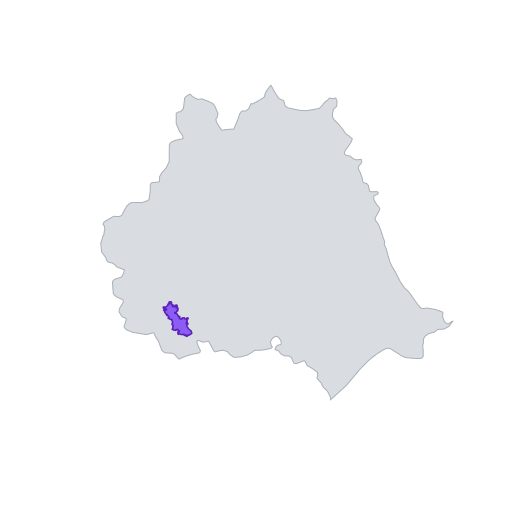 Sharkawshchyna, Vitebsk, Belarus (highlighted), rotated 239°
{"feature_id": "67162791B8322834804347", "entity_name": "Sharkawshchyna", "entity_type": "district", "adm_level": 2, "iso_a3": "BLR", "parent_name": "Belarus", "parent_adm1": "Vitebsk", "projection": "mercator", "projection_center": [27.573, 55.372], "detail": "fine", "context": "in_parent", "style": "filled", "palette": "violet", "viewbox_px": 512, "rotation_deg": 239, "n_neighbors": 0, "source": "geoboundaries", "source_scale": "gbopen_adm2", "svg_char_len": 9018}
<svg xmlns="http://www.w3.org/2000/svg" viewBox="0 0 512 512"><g transform="rotate(239 256 256)"><path d="M394.5,356.8L387.7,356.4L379.4,356.6L374.8,359.8L369.7,358.2L366.2,360.0L358.0,368.9L354.8,373.7L351.8,381.0L349.9,386.4L350.9,390.2L352.4,393.7L352.8,397.5L353.5,400.5L351.5,402.6L350.3,405.7L346.9,405.2L342.7,402.2L341.8,397.9L338.6,394.9L336.4,393.3L332.9,393.1L327.3,394.5L319.9,395.6L314.4,395.9L311.4,397.4L306.9,398.9L305.2,397.1L302.7,392.2L300.7,387.4L299.3,385.2L298.0,384.6L296.5,384.7L294.8,386.3L293.5,387.9L288.9,389.7L286.8,391.4L284.6,395.9L283.1,395.6L281.6,394.6L279.8,389.6L277.4,388.4L273.5,388.3L268.7,387.3L264.7,385.8L263.3,386.1L261.0,388.3L258.5,388.6L253.0,386.7L251.9,387.5L248.7,393.1L247.2,393.3L246.4,392.6L246.8,387.8L243.6,386.1L238.2,385.9L234.4,386.6L232.6,386.4L231.6,385.4L227.0,377.3L224.5,376.8L220.1,377.2L213.6,376.2L206.1,374.4L202.0,373.7L199.9,371.9L195.2,371.3L182.9,367.9L177.8,367.2L170.3,367.2L159.0,366.4L151.7,366.9L148.4,368.0L144.5,368.7L131.0,369.6L126.2,370.6L124.8,372.3L123.2,376.0L117.6,382.4L112.3,386.7L111.3,387.1L108.1,384.8L105.5,384.1L102.4,383.8L100.2,384.5L98.8,385.6L99.0,390.6L98.7,391.0L96.3,385.1L96.5,379.8L97.9,376.7L99.5,374.0L98.8,369.8L100.4,364.4L100.4,360.4L99.7,358.7L98.5,356.7L95.0,354.5L93.4,352.8L88.6,350.5L83.9,347.6L83.1,345.8L83.4,344.6L84.2,342.8L87.8,337.4L91.7,332.2L94.2,330.1L107.4,323.4L109.5,321.0L110.0,317.0L109.8,308.9L108.9,301.5L107.9,296.4L105.4,286.8L98.5,266.8L94.4,245.9L97.1,247.2L103.4,247.6L108.4,246.2L111.0,246.0L113.3,246.5L120.0,245.3L121.6,247.2L124.6,248.8L130.4,246.4L135.5,243.5L140.9,243.8L141.7,242.3L143.0,234.9L144.6,233.3L151.0,234.0L153.3,232.7L155.8,229.0L159.6,226.7L162.7,226.7L166.0,224.1L167.6,225.8L168.4,228.9L167.3,231.4L167.8,232.4L170.1,233.6L174.0,233.6L176.5,232.5L177.0,231.1L177.0,228.6L176.4,226.2L174.8,224.1L171.7,223.0L169.5,223.0L169.1,221.7L169.9,218.9L171.8,213.7L174.1,209.0L175.6,207.2L175.8,205.6L175.5,202.7L175.5,197.6L177.6,190.3L180.5,184.9L184.3,183.1L188.9,182.2L191.9,179.6L193.4,176.6L194.7,171.9L196.1,171.0L207.4,171.5L209.1,166.9L210.0,165.5L212.2,164.1L213.7,162.5L213.1,161.2L210.3,160.3L203.5,159.6L202.2,158.0L202.6,156.2L204.4,151.3L206.1,145.0L207.0,140.1L207.1,137.2L208.0,136.5L213.5,135.5L215.4,134.6L220.1,127.9L223.7,126.7L233.0,128.5L237.3,128.3L242.7,128.8L243.2,128.1L245.1,121.5L254.3,110.8L259.2,107.1L262.4,106.3L263.4,106.5L268.4,112.1L269.5,112.4L272.8,110.0L278.5,109.8L281.2,111.8L284.9,118.7L286.9,119.5L292.4,115.6L295.5,114.4L297.5,114.4L307.9,119.7L308.7,121.5L308.8,123.5L307.2,129.7L309.3,133.5L311.8,136.1L317.2,131.9L319.2,130.7L321.3,130.6L324.2,129.0L326.3,126.6L328.3,125.8L332.1,126.4L339.1,125.8L347.1,129.6L347.8,130.7L351.9,135.1L353.3,137.3L354.6,138.0L356.8,140.2L359.6,141.5L361.6,141.1L362.6,141.8L363.5,143.5L363.5,146.4L363.3,154.5L360.4,158.8L360.0,160.3L360.1,162.1L362.4,165.6L365.4,171.1L366.0,174.2L366.0,176.6L362.0,183.5L360.7,185.2L359.8,188.6L359.3,192.0L359.6,193.5L366.3,198.9L371.3,201.9L372.4,203.4L372.5,204.3L369.8,210.1L369.6,211.7L373.6,214.1L375.8,218.0L377.7,224.2L381.5,230.1L395.6,238.8L396.8,240.3L397.2,242.2L396.8,246.2L394.2,253.9L396.6,255.0L402.8,254.7L410.4,255.7L419.4,261.1L419.5,263.5L418.5,265.7L419.2,268.1L420.1,270.0L428.0,276.1L428.7,277.8L428.9,280.7L428.7,282.9L426.5,283.3L424.1,284.3L420.1,286.9L418.6,290.5L412.2,295.5L408.3,297.7L405.1,297.8L397.7,296.8L395.0,294.3L394.0,292.1L391.1,291.1L387.3,291.0L382.0,291.4L380.9,292.0L380.1,294.8L377.8,299.5L376.2,302.2L382.9,311.5L386.3,315.3L387.3,317.7L387.3,319.3L385.7,321.3L385.9,325.2L389.2,330.4L388.1,331.2L387.8,337.6L387.8,344.3L388.7,345.9L390.4,347.3L391.9,349.7L394.4,355.3L394.5,356.8Z" fill="#d9dde1" stroke="#a8b0b8" stroke-width="1"/><path d="M224.5,161.7L225.5,161.7L225.9,161.5L226.0,161.4L226.4,161.3L226.5,161.3L226.8,161.2L227.1,161.1L227.5,160.9L227.8,160.8L228.7,160.7L230.0,160.6L230.8,160.6L231.7,160.7L231.8,160.8L231.9,161.0L232.5,161.1L232.8,161.2L232.9,161.4L232.9,161.7L232.7,162.2L232.7,162.4L232.7,162.7L232.8,162.8L233.0,162.8L233.1,162.6L233.2,162.4L233.4,162.2L233.7,162.0L234.1,161.7L234.5,161.6L234.7,161.8L234.8,162.0L234.9,162.3L234.6,162.6L234.5,162.8L234.4,162.9L234.6,163.0L235.1,163.0L235.3,162.9L235.7,163.0L235.8,163.2L235.8,163.6L236.2,163.8L236.5,163.9L237.0,163.6L237.3,163.6L237.4,163.9L237.4,164.1L237.4,164.3L237.2,165.1L237.4,165.1L237.4,165.3L237.3,165.5L237.6,165.8L237.9,165.7L238.2,165.5L238.4,165.2L238.5,164.9L238.4,164.7L238.1,164.4L238.0,164.1L238.1,163.8L238.2,163.4L238.5,163.0L238.6,162.8L238.8,162.7L239.0,162.6L239.6,162.8L239.9,162.7L239.9,162.3L240.0,162.1L240.4,161.9L240.5,161.7L240.9,161.2L240.9,160.9L240.7,160.7L240.3,160.4L240.2,160.2L240.1,159.9L240.2,159.7L240.4,159.6L240.8,159.6L240.9,159.3L240.9,158.8L241.0,158.6L241.4,158.4L241.9,158.4L242.1,158.3L242.3,158.4L242.6,158.5L242.7,159.0L242.8,159.3L243.0,159.3L243.5,159.4L243.6,159.2L243.7,158.7L243.8,158.4L244.0,158.4L244.6,158.4L244.8,158.6L245.0,158.7L245.3,158.6L245.7,158.4L246.3,158.4L246.5,158.5L246.9,158.5L247.7,158.1L247.9,157.9L248.1,157.4L248.3,157.3L248.4,157.1L248.6,157.0L248.9,157.0L249.2,157.1L249.4,157.2L249.4,157.5L249.2,157.7L249.1,157.9L248.9,158.2L248.8,158.6L248.9,158.9L249.1,159.2L249.4,159.5L249.5,159.7L249.5,159.9L249.3,160.3L249.3,160.5L249.5,160.6L249.8,160.5L250.0,160.5L250.2,160.8L250.0,161.0L250.0,161.4L250.2,161.5L250.4,161.4L250.7,161.3L250.9,161.4L250.9,161.5L251.0,162.0L251.7,162.2L252.1,162.2L252.4,162.0L252.5,161.8L252.6,161.6L252.7,161.1L252.9,160.9L253.2,160.8L253.5,160.9L253.7,161.0L253.5,161.5L253.4,161.8L253.4,162.3L253.5,162.6L253.8,162.9L254.7,162.8L254.9,162.7L255.0,162.6L255.1,162.3L255.1,162.1L255.2,161.8L255.3,161.5L255.4,161.2L254.9,160.2L254.8,159.9L254.8,159.6L255.1,158.8L255.2,158.6L255.4,158.5L255.8,158.5L256.1,158.6L256.2,158.8L256.3,159.0L256.4,159.5L256.5,159.7L256.9,159.6L256.9,159.3L256.9,159.1L257.0,158.9L257.3,158.7L257.9,158.7L258.2,158.7L258.5,158.7L258.8,158.9L259.0,159.1L259.0,159.4L259.4,159.7L259.6,159.7L260.1,159.4L260.4,159.6L260.6,159.6L260.7,159.4L260.8,158.9L260.9,158.7L261.0,158.6L261.2,158.4L261.2,158.2L261.3,158.0L261.1,157.8L261.0,157.7L260.9,157.4L260.7,157.2L260.2,157.2L260.1,157.4L259.9,157.4L259.7,157.4L259.6,157.1L259.7,156.9L259.8,156.7L260.2,156.5L260.2,156.4L260.2,156.1L260.1,155.9L260.0,155.6L259.8,155.4L259.6,155.3L259.1,155.2L258.9,154.7L258.9,154.3L259.0,154.0L259.0,153.7L258.9,153.4L258.8,153.1L258.8,152.5L258.8,151.8L258.9,151.6L259.1,151.4L259.5,151.1L259.7,150.9L259.9,150.7L260.0,150.4L259.9,150.2L259.4,149.8L258.8,149.9L258.6,149.9L258.4,150.1L258.1,150.2L257.7,150.4L257.7,150.6L257.7,150.9L257.8,151.1L258.1,151.2L258.2,151.4L258.1,151.6L256.9,151.6L256.6,151.6L256.4,151.7L256.0,151.7L255.9,151.6L255.9,151.4L256.0,151.3L256.3,151.2L256.4,150.8L256.5,150.6L256.9,150.4L257.2,150.2L257.3,150.1L257.4,149.8L257.5,149.7L257.4,149.4L257.3,149.1L257.1,148.9L256.9,148.9L256.7,148.9L256.2,149.2L255.8,149.5L255.7,149.5L255.5,149.4L255.3,149.2L255.1,149.1L254.9,148.9L254.7,148.8L254.4,148.8L254.2,148.8L253.9,148.9L253.3,149.0L252.6,149.0L252.4,149.0L252.2,149.1L252.0,149.5L251.8,149.7L251.6,149.7L251.5,149.3L251.4,149.1L251.3,148.9L251.1,148.9L250.9,149.0L250.4,149.4L250.2,149.6L249.9,149.8L248.9,149.9L248.5,149.9L248.3,149.8L248.2,149.7L248.2,149.1L248.2,148.8L248.1,148.7L247.9,148.7L247.7,148.7L247.6,148.8L247.4,149.0L247.1,149.2L246.9,149.4L246.6,149.5L246.2,149.6L245.8,149.8L245.8,150.1L245.6,150.2L245.4,150.4L245.1,151.0L244.9,151.1L244.5,151.1L244.2,151.0L244.0,150.7L243.8,150.6L242.7,150.4L242.2,150.4L241.9,150.3L241.6,150.0L241.3,149.3L241.2,149.0L241.0,148.9L240.6,148.8L240.4,148.7L240.3,148.8L239.9,148.9L239.3,149.2L239.1,149.3L238.9,149.2L238.8,148.8L238.7,148.7L238.1,148.5L238.0,148.4L237.8,148.0L237.6,147.8L237.2,147.5L236.9,147.3L236.7,147.1L236.5,146.5L236.4,146.5L236.2,146.5L235.9,147.1L235.7,147.1L235.4,147.0L235.2,147.0L234.9,147.2L234.7,147.4L234.6,147.8L234.3,148.3L234.1,148.5L233.8,148.7L233.6,148.8L233.6,149.1L233.7,149.4L233.9,149.5L233.8,149.8L233.5,149.9L233.4,150.1L233.5,150.3L233.7,150.5L233.8,150.7L233.6,150.8L233.2,151.0L232.4,151.1L232.2,151.2L231.9,151.4L231.8,151.6L231.6,151.8L231.2,151.9L231.0,151.6L230.9,151.5L230.9,151.1L230.8,150.7L231.1,150.0L231.1,149.8L231.0,149.6L230.7,149.5L229.9,149.3L229.5,149.1L229.3,149.0L229.0,149.0L228.8,149.1L228.8,149.3L228.9,149.5L229.1,149.9L229.1,150.1L228.8,150.5L228.0,150.7L227.6,151.0L227.2,151.5L226.7,152.2L226.4,152.8L226.2,153.4L226.2,153.7L226.1,153.9L225.9,153.9L225.6,153.8L225.4,153.7L225.2,153.6L224.9,153.6L224.7,153.8L224.6,154.2L224.6,154.4L224.7,154.9L224.6,155.1L224.2,155.3L223.7,155.3L223.6,155.1L223.6,154.9L223.4,154.8L223.2,154.8L222.8,155.1L222.7,155.4L222.7,155.5L222.8,155.6L223.0,155.8L223.1,156.0L223.0,156.3L222.8,156.4L222.8,156.6L223.0,156.9L223.3,157.2L223.3,157.5L223.2,157.6L222.7,157.8L222.6,158.2L222.6,159.9L222.7,160.4L222.8,160.7L222.8,161.1L223.2,161.3L224.1,161.5L224.4,161.6L224.5,161.7Z" fill="#8b5cf6" stroke="#5b21b6" stroke-width="1.5"/></g></svg>